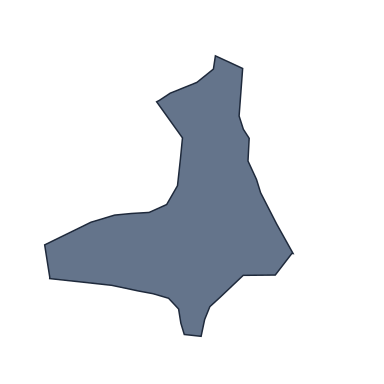 Seongbuk-gu, Seoul, South Korea, rotated 292°
{"feature_id": "91817680B19736947579274", "entity_name": "Seongbuk-gu", "entity_type": "district", "adm_level": 2, "iso_a3": "KOR", "parent_name": "South Korea", "parent_adm1": "Seoul", "projection": "robinson", "projection_center": [127.018, 37.597], "detail": "fine", "context": "isolated", "style": "filled", "palette": "slate", "viewbox_px": 384, "rotation_deg": 292, "n_neighbors": 0, "source": "geoboundaries", "source_scale": "gbopen_adm2", "svg_char_len": 645}
<svg xmlns="http://www.w3.org/2000/svg" viewBox="0 0 384 384"><g transform="rotate(292 192 192)"><path d="M59.6,92.1L58.4,92.5L75.4,152.5L80.1,179.1L83.1,193.9L84.7,210.1L78.5,223.4L66.2,230.8L57.0,238.2L61.6,254.5L78.5,251.5L92.4,251.5L104.7,257.4L133.9,270.7L146.2,300.3L172.4,307.6L172.8,308.8L194.0,282.5L217.0,255.9L227.8,247.1L241.7,232.3L263.2,224.9L269.4,216.1L280.1,207.2L325.5,192.7L327.0,162.7L314.0,165.8L295.5,155.5L275.5,134.8L264.7,127.4L262.4,125.4L238.6,162.9L218.6,168.8L192.4,176.2L170.9,173.2L157.0,159.9L149.3,143.7L141.6,128.9L126.2,109.7L87.8,75.2L59.6,92.1Z" fill="#64748b" stroke="#1e293b" stroke-width="1.5"/></g></svg>